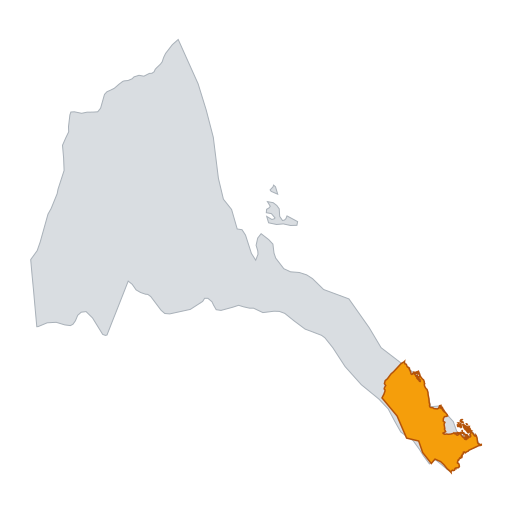 Debub Deb.Keih Bahri, Debubawi Keyih Bahri, Eritrea (highlighted)
{"feature_id": "51966322B86476524232792", "entity_name": "Debub Deb.Keih Bahri", "entity_type": "district", "adm_level": 2, "iso_a3": "ERI", "parent_name": "Eritrea", "parent_adm1": "Debubawi Keyih Bahri", "projection": "robinson", "projection_center": [42.638, 13.079], "detail": "fine", "context": "in_parent", "style": "filled", "palette": "amber", "viewbox_px": 512, "rotation_deg": 0, "n_neighbors": 0, "source": "geoboundaries", "source_scale": "gbopen_adm2", "svg_char_len": 8380}
<svg xmlns="http://www.w3.org/2000/svg" viewBox="0 0 512 512"><path d="M36.8,326.7L34.8,304.7L33.5,290.0L32.0,274.4L30.7,259.6L37.2,250.6L40.2,242.0L48.0,214.1L51.1,208.6L57.2,193.6L58.0,189.3L64.1,170.5L63.6,157.9L62.5,145.3L65.8,137.8L68.7,131.8L68.5,126.7L69.9,114.9L70.9,112.0L74.4,111.8L81.6,113.3L86.9,112.2L93.0,112.1L97.7,111.8L100.6,108.2L104.5,94.4L107.0,91.7L108.9,90.9L114.3,88.3L118.9,84.3L122.7,81.4L124.1,80.9L128.1,80.5L132.1,78.8L134.0,76.9L139.0,75.3L143.9,76.2L147.2,74.5L149.4,73.4L151.9,73.3L154.2,71.7L155.2,69.3L156.7,67.7L160.5,64.1L162.3,61.6L163.1,59.0L163.9,56.9L165.6,53.4L172.4,44.6L178.2,39.5L198.1,83.8L206.2,110.0L213.3,137.3L218.4,178.3L223.4,199.2L231.6,209.5L237.2,229.0L242.0,229.7L245.5,235.1L251.4,253.4L255.7,260.2L258.0,254.3L257.8,251.0L256.1,245.3L257.7,238.1L261.1,233.7L268.7,239.6L272.9,244.1L274.0,253.1L275.7,258.1L283.8,268.7L290.5,271.8L299.3,272.5L306.7,274.9L312.6,278.7L323.6,289.5L348.9,298.9L369.2,327.7L381.1,347.7L420.5,378.0L427.3,392.5L430.8,406.7L439.1,406.0L453.3,421.6L457.5,433.4L469.1,437.7L471.1,430.7L476.7,436.5L479.0,445.3L471.5,448.9L463.3,452.0L462.2,451.9L459.4,456.0L455.5,467.2L451.3,470.5L449.0,470.8L436.2,460.3L434.2,459.7L431.4,461.8L429.4,463.9L423.5,455.9L419.1,448.9L413.0,440.5L407.1,436.8L400.8,432.0L394.6,421.0L388.2,408.9L378.8,399.0L361.3,384.7L345.1,366.6L332.8,347.7L324.9,337.8L321.5,335.3L305.1,329.1L293.6,320.5L284.8,313.4L279.4,311.4L274.1,311.2L262.9,312.6L253.6,308.2L249.7,308.2L243.5,306.8L238.6,305.3L232.8,307.2L221.0,310.4L216.2,309.7L213.6,305.2L212.0,301.8L207.9,298.3L204.6,298.3L202.7,301.4L190.3,309.4L169.7,313.9L164.8,313.5L161.1,310.3L150.8,296.6L147.8,294.4L145.5,294.2L140.6,292.5L136.1,289.9L132.2,284.3L128.2,281.1L123.9,292.1L116.3,311.4L112.2,321.7L107.0,335.0L105.4,335.4L102.7,334.4L92.5,317.9L86.1,311.6L81.2,312.2L77.7,315.3L75.4,320.8L73.0,324.2L70.4,325.6L64.8,324.9L56.2,322.3L47.2,322.8L38.1,326.6L36.8,326.7ZM279.7,216.4L282.5,220.5L284.4,220.1L285.9,218.7L287.0,215.9L297.6,221.6L296.9,225.3L290.6,225.5L283.3,223.9L276.6,224.5L268.6,222.8L266.7,216.4L271.9,219.5L274.5,218.7L275.0,217.9L271.4,213.6L266.3,212.7L266.6,209.3L268.9,208.0L270.3,206.3L267.4,201.6L273.2,202.7L276.8,205.5L279.2,208.8L279.7,216.4ZM275.5,186.8L277.7,194.2L271.2,191.4L270.1,189.9L273.0,186.9L273.6,185.1L275.5,186.8Z" fill="#d9dde1" stroke="#a8b0b8" stroke-width="1"/><path d="M447.6,415.9L447.2,414.7L445.6,412.7L445.0,412.0L444.6,412.0L444.3,411.4L443.4,411.0L443.1,410.6L442.0,408.9L441.7,407.7L441.2,408.2L440.7,408.1L440.5,407.5L440.8,406.4L441.0,406.4L441.0,405.4L439.6,405.7L439.4,406.2L439.6,406.5L438.9,407.3L438.9,408.1L437.3,408.9L434.0,408.6L432.8,407.7L430.6,407.5L429.9,406.9L429.5,405.9L429.7,404.2L429.2,402.6L428.9,398.6L428.1,394.6L428.0,392.4L427.0,389.4L426.0,388.6L424.7,386.4L424.3,384.8L424.7,383.5L424.3,383.1L424.3,381.9L423.6,379.9L422.3,378.9L420.7,376.8L419.8,375.1L419.8,374.2L418.3,373.4L417.5,373.1L417.3,372.4L417.5,372.0L416.8,371.9L416.8,371.4L416.5,372.0L414.9,372.5L415.2,373.1L415.3,372.8L416.0,372.9L416.6,372.5L416.7,372.9L416.3,373.3L416.7,373.2L416.9,372.6L417.7,373.4L419.5,374.2L419.8,375.8L419.0,377.1L417.4,376.3L417.9,377.7L420.1,379.7L419.8,380.7L420.4,381.1L420.2,381.5L419.5,381.3L418.9,380.3L418.9,379.9L418.3,379.7L417.0,378.3L417.3,377.7L416.8,377.4L416.2,376.1L415.8,376.1L415.7,375.4L414.9,374.6L414.9,374.2L414.1,373.8L413.9,373.1L412.5,373.7L412.2,374.3L411.7,374.4L411.2,374.0L410.9,373.6L410.8,372.1L410.5,371.9L410.2,370.8L409.6,369.9L409.6,369.3L409.1,368.8L409.4,368.5L409.4,368.1L408.3,367.2L407.5,367.1L407.0,366.3L406.2,363.9L406.2,364.2L404.9,363.8L404.4,362.0L404.5,361.4L404.0,361.9L401.2,363.5L393.5,371.8L391.1,373.8L387.4,378.8L385.2,380.6L384.4,383.6L385.7,385.5L384.6,387.4L384.2,388.6L384.3,389.2L385.0,389.8L385.0,391.1L383.9,394.2L382.0,397.9L397.1,416.0L406.6,438.1L418.7,441.0L422.7,452.6L431.3,463.5L435.0,459.1L440.6,461.6L444.0,464.8L447.2,468.8L449.1,470.3L451.1,472.5L451.0,471.5L452.3,470.2L453.2,470.6L454.5,470.2L454.6,469.1L455.0,469.1L455.2,468.7L455.6,468.7L455.3,468.3L455.4,468.1L457.3,467.7L457.9,467.9L458.9,467.3L458.9,466.9L459.4,466.4L459.0,464.2L458.4,463.3L458.0,463.4L457.5,463.1L457.4,462.4L457.9,460.6L458.2,460.5L458.2,460.1L458.6,460.1L458.6,459.6L459.0,459.5L459.6,458.0L460.6,458.3L460.9,457.5L461.8,457.5L462.0,457.0L461.4,456.4L462.0,456.0L461.7,455.5L462.3,455.1L462.3,454.3L463.3,453.9L463.4,452.2L464.5,452.0L465.1,452.9L465.4,452.9L466.4,451.9L468.3,451.1L468.8,450.3L478.8,445.6L480.2,445.5L480.4,445.0L479.5,445.1L478.9,444.3L479.2,444.0L478.8,443.5L478.2,443.6L477.7,442.9L477.3,440.6L477.1,438.3L476.2,435.6L475.9,435.2L475.9,436.0L475.1,436.1L474.2,435.5L473.9,434.6L473.2,434.1L473.1,433.5L471.5,432.0L471.5,431.5L471.3,431.3L471.4,431.0L469.9,429.1L470.1,428.6L469.6,428.0L469.4,428.0L469.6,428.4L468.9,428.3L469.0,429.6L470.2,430.6L471.1,430.8L470.9,430.9L471.3,431.3L471.1,431.6L471.5,431.8L470.6,431.3L470.0,431.7L470.7,433.7L469.9,434.8L470.8,436.0L470.1,437.0L469.3,437.0L468.2,438.0L467.4,437.7L466.7,438.3L467.0,438.9L466.1,439.6L464.8,439.2L465.0,438.6L465.4,438.3L466.3,438.4L466.3,437.6L464.9,437.2L464.9,437.7L463.9,438.0L462.5,436.8L461.4,435.3L460.9,435.2L460.9,435.4L460.8,433.5L460.7,433.3L460.6,433.6L459.6,433.6L459.0,434.2L458.2,434.3L458.3,434.5L457.9,435.1L457.1,435.2L456.1,434.5L455.2,433.0L454.6,433.6L453.9,432.8L453.2,433.4L450.7,434.1L448.2,434.3L446.7,434.0L444.8,434.3L444.2,433.9L443.5,433.8L443.0,433.1L445.7,431.7L444.4,429.0L444.8,428.5L444.1,424.5L444.3,423.4L444.9,422.6L444.6,422.0L443.9,421.8L443.2,421.1L443.4,418.5L444.5,416.6L446.4,416.4L447.6,415.9ZM467.5,426.9L465.3,425.8L465.9,426.7L465.5,426.8L465.2,427.5L464.9,427.5L464.8,426.8L464.3,426.1L463.7,426.2L463.7,427.2L464.9,429.2L465.1,429.2L465.0,428.7L465.5,428.4L466.4,428.6L466.6,428.4L467.1,429.1L466.9,429.5L467.7,429.9L467.9,428.2L468.6,428.2L468.3,427.6L468.7,427.5L467.7,427.4L467.5,426.9ZM462.5,419.7L462.1,419.5L460.9,419.8L460.3,420.7L460.4,421.5L462.0,422.4L463.1,422.5L462.9,422.0L462.5,422.1L462.2,421.6L461.3,421.3L460.9,420.5L461.6,419.7L462.4,419.7L462.8,420.1L462.5,419.7ZM467.7,430.4L466.7,430.0L466.3,430.5L467.8,432.6L468.6,433.2L467.5,431.4L467.7,430.4ZM468.4,436.4L467.0,434.7L466.5,434.7L466.7,435.8L467.0,436.3L468.1,436.6L468.4,436.4ZM459.0,432.9L457.4,432.4L457.0,432.9L457.2,433.3L458.4,433.5L459.0,432.9ZM461.5,426.2L461.0,426.0L461.1,426.5L460.9,426.7L460.5,426.5L461.0,427.5L461.7,426.9L461.5,426.2ZM469.1,430.2L468.7,430.2L468.6,430.5L469.3,431.5L469.7,430.8L469.1,430.2ZM459.5,426.1L458.9,425.6L458.7,426.1L457.7,426.2L459.1,426.6L459.5,426.1ZM463.8,433.7L463.8,432.8L462.9,432.7L462.9,433.3L463.6,433.7L463.8,433.7ZM461.1,424.1L460.4,423.7L459.7,424.2L459.9,424.6L460.0,424.3L460.3,424.5L461.1,424.1ZM462.0,433.1L462.2,432.1L461.0,432.6L462.0,433.1ZM463.6,424.4L463.0,424.6L462.8,425.0L463.2,425.2L463.8,424.6L463.6,424.4ZM465.5,434.5L464.7,434.0L464.3,434.5L465.5,434.5ZM413.9,373.1L414.2,372.3L413.9,372.0L413.5,372.3L413.9,373.1ZM481.3,445.1L481.3,444.4L480.5,444.5L481.1,445.1L481.3,445.1ZM467.2,424.5L466.8,423.8L466.4,423.8L466.6,424.3L467.2,424.5ZM418.4,371.2L417.9,371.5L418.7,371.9L418.4,371.2ZM443.9,410.5L443.6,409.9L443.2,409.8L443.8,410.9L443.9,410.5ZM461.1,425.8L460.7,424.9L460.6,425.5L460.2,425.7L461.1,425.8ZM442.5,407.8L442.2,407.5L442.5,407.9L442.5,408.6L442.7,408.8L442.7,408.6L442.9,409.2L442.9,408.7L442.5,407.8ZM468.6,427.2L469.0,426.6L469.6,426.3L468.9,426.6L468.6,427.2ZM466.0,436.6L466.0,435.7L465.8,435.7L466.0,436.6ZM416.7,375.5L417.5,375.1L417.7,374.4L417.4,375.1L416.7,375.5ZM460.7,432.5L460.2,432.6L460.2,432.8L460.3,432.9L460.7,432.5ZM465.9,429.9L465.5,429.5L465.2,429.5L465.5,429.8L465.9,429.9ZM457.5,425.4L457.7,425.0L457.6,424.8L457.4,424.9L457.5,425.4ZM458.5,423.2L458.7,422.9L458.4,422.9L458.5,423.2ZM462.2,430.7L462.4,430.5L462.6,430.2L462.1,430.5L462.2,430.7ZM457.4,423.3L457.6,422.5L457.4,423.3ZM466.1,423.8L466.2,423.6L466.1,423.8ZM458.8,425.5L458.7,425.1L458.5,424.8L458.6,425.3L458.8,425.5ZM456.5,432.9L456.2,432.8L456.6,433.2L456.5,432.9ZM463.7,436.8L463.3,436.5L463.7,436.8ZM444.9,412.0L444.6,411.5L444.6,411.8L444.9,412.0ZM442.1,407.4L441.9,407.0L441.7,407.0L441.9,407.3L442.1,407.4ZM465.1,435.2L464.9,435.0L464.7,435.0L464.9,435.1L465.1,435.2ZM463.0,436.2L462.9,436.0L463.0,436.2ZM470.1,426.4L469.8,426.3L469.7,426.3L470.1,426.4Z" fill="#f59e0b" stroke="#b45309" stroke-width="1.5"/></svg>